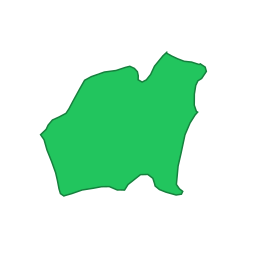 SVG path tracing the border of Konče, rotated 295°
{"feature_id": "MKD-2932", "entity_name": "Konče", "entity_type": "Statistical Region", "adm_level": 1, "iso_a3": "MKD", "parent_name": "North Macedonia", "parent_adm1": "", "projection": "robinson", "projection_center": [22.386, 41.511], "detail": "fine", "context": "isolated", "style": "filled", "palette": "green", "viewbox_px": 256, "rotation_deg": 295, "n_neighbors": 0, "source": "natural_earth", "source_scale": "10m", "svg_char_len": 1060}
<svg xmlns="http://www.w3.org/2000/svg" viewBox="0 0 256 256"><g transform="rotate(295 128 128)"><path d="M68.4,146.7L67.3,144.5L67.0,135.8L63.6,128.8L58.6,121.8L52.5,112.7L44.8,104.8L40.2,99.5L39.3,98.6L40.0,94.5L43.7,91.2L50.5,86.3L56.9,81.3L65.3,73.0L73.8,63.9L81.9,56.9L85.0,51.6L92.2,54.4L96.9,54.4L103.3,56.1L109.0,61.0L115.1,65.6L120.5,66.4L128.9,66.8L142.8,67.7L152.9,68.5L159.0,73.0L168.7,82.9L175.1,92.9L181.7,99.9L184.7,103.6L184.7,108.6L183.0,112.7L179.7,115.2L176.0,116.8L175.6,121.4L179.4,124.3L186.1,125.9L195.2,125.9L208.3,129.2L212.9,131.1L212.1,131.7L211.7,137.1L211.7,143.7L212.2,150.7L214.6,157.7L215.6,165.6L216.7,166.4L215.8,172.2L212.4,175.1L204.0,173.8L200.3,171.4L195.2,171.4L186.8,173.8L176.7,178.4L172.0,182.9L171.8,184.4L168.2,183.3L158.8,182.1L145.9,182.5L127.7,186.7L114.6,189.5L97.3,195.7L94.6,200.3L93.7,204.4L90.6,204.4L89.6,202.9L87.6,199.9L85.9,189.5L85.5,182.5L86.9,177.1L88.9,175.5L92.9,171.8L94.3,165.6L91.0,159.0L85.2,156.1L76.8,151.9L70.3,151.1L68.4,146.7Z" fill="#22c55e" stroke="#15803d" stroke-width="1.5"/></g></svg>